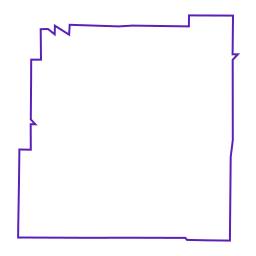 outline of Bartow, Georgia, United States of America
{"feature_id": "52423323B11929731869619", "entity_name": "Bartow", "entity_type": "district", "adm_level": 2, "iso_a3": "USA", "parent_name": "United States of America", "parent_adm1": "Georgia", "projection": "natural_earth1", "projection_center": [-84.879, 34.246], "detail": "fine", "context": "isolated", "style": "outline", "palette": "violet", "viewbox_px": 256, "rotation_deg": 0, "n_neighbors": 0, "source": "geoboundaries", "source_scale": "gbopen_adm2", "svg_char_len": 522}
<svg xmlns="http://www.w3.org/2000/svg" viewBox="0 0 256 256"><path d="M18.2,228.4L18.1,237.5L86.0,237.8L100.1,237.8L120.7,237.7L185.4,237.9L187.0,239.9L206.4,240.3L229.9,240.6L230.7,156.9L232.8,140.2L232.7,59.8L237.9,54.3L232.6,54.3L233.0,15.6L189.0,15.4L188.9,26.4L153.5,25.9L132.7,25.6L118.7,26.4L69.7,24.8L69.1,34.7L54.9,25.7L54.7,34.3L47.9,29.0L40.7,29.2L41.0,59.7L31.2,59.7L31.1,80.0L30.8,119.5L35.3,124.3L30.7,124.2L30.8,149.7L19.4,149.5L19.0,180.6L18.2,228.4Z" fill="none" stroke="#5b21b6" stroke-width="2"/></svg>